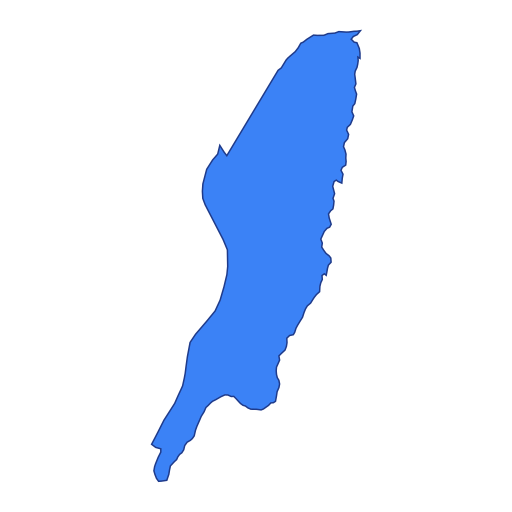 outline of Maracaçumé, Maranhão, Brazil
{"feature_id": "56859067B12415775157700", "entity_name": "Maracaçumé", "entity_type": "district", "adm_level": 2, "iso_a3": "BRA", "parent_name": "Brazil", "parent_adm1": "Maranhão", "projection": "equal_earth", "projection_center": [-45.988, -2.007], "detail": "fine", "context": "isolated", "style": "filled", "palette": "blue", "viewbox_px": 512, "rotation_deg": 0, "n_neighbors": 0, "source": "geoboundaries", "source_scale": "gbopen_adm2", "svg_char_len": 2754}
<svg xmlns="http://www.w3.org/2000/svg" viewBox="0 0 512 512"><path d="M300.8,43.2L298.2,47.8L295.2,51.7L288.3,57.6L286.2,59.9L281.3,67.9L278.1,70.3L226.8,155.7L224.2,152.3L219.8,145.4L217.7,154.1L212.6,160.0L206.7,169.3L202.9,183.9L202.4,191.3L202.8,198.4L205.2,204.8L223.1,239.5L227.4,249.8L227.7,266.5L226.9,274.6L224.0,286.8L220.1,300.2L215.1,311.0L206.4,321.6L195.6,334.2L190.1,342.4L187.4,356.7L186.1,366.2L185.2,373.4L184.3,378.2L182.6,385.9L180.8,389.9L179.3,393.1L178.1,395.7L176.9,398.4L174.7,403.4L170.3,410.3L164.0,420.1L157.7,432.6L154.9,438.0L151.6,444.3L155.7,447.4L160.8,448.8L160.8,452.1L158.2,457.3L155.6,463.7L154.6,466.7L153.9,470.8L154.9,474.3L156.5,478.4L158.6,481.3L161.3,481.1L164.2,480.7L166.8,480.3L167.8,477.3L168.8,474.4L169.5,470.1L170.4,465.9L174.5,461.5L176.6,459.6L177.8,456.9L179.6,454.4L181.8,452.8L183.7,449.8L184.7,445.6L187.1,442.2L190.4,440.3L192.3,438.6L194.2,435.9L195.5,430.2L196.9,426.3L199.8,419.7L201.2,416.4L204.1,411.7L205.9,407.5L208.1,405.5L210.5,403.0L212.5,401.3L215.7,399.7L220.9,396.7L224.9,394.9L227.9,395.0L231.2,396.5L233.8,396.4L236.1,398.7L238.8,401.7L240.5,403.5L243.0,405.3L245.4,406.0L247.9,407.9L250.9,409.2L256.6,409.3L261.1,409.9L263.4,409.0L268.5,405.4L270.9,402.9L273.4,402.7L275.5,401.3L276.5,395.8L277.1,391.7L278.9,387.6L279.6,384.0L278.9,380.4L277.3,377.7L276.5,374.5L276.2,370.8L276.5,367.1L277.9,364.0L279.6,360.1L278.9,355.9L281.3,353.5L285.0,350.1L286.4,346.4L287.0,342.7L286.8,338.2L289.6,335.5L293.3,334.7L294.7,332.3L296.0,328.2L297.6,325.2L300.1,321.1L302.5,317.3L304.0,312.6L305.5,308.9L307.3,305.9L310.6,303.1L312.4,300.2L314.2,297.4L316.5,294.5L319.6,291.7L319.9,286.3L320.8,282.7L322.3,279.5L322.0,275.5L324.3,273.8L326.2,275.3L326.9,271.7L327.5,268.3L328.4,265.1L331.1,262.2L330.8,258.0L329.2,255.9L326.0,253.4L323.8,250.4L321.7,247.1L322.3,243.1L320.8,239.1L322.2,236.0L324.3,231.4L327.0,228.3L329.6,227.2L331.2,224.3L329.2,218.0L328.5,213.9L330.7,210.7L332.9,208.9L333.6,205.2L334.0,201.2L333.0,198.3L334.6,193.7L332.7,186.3L334.1,181.5L336.3,180.1L338.1,181.5L341.8,183.1L342.3,178.0L343.0,174.2L341.0,170.3L342.3,167.3L345.7,165.1L346.1,161.6L345.8,158.1L346.0,154.1L344.9,149.9L343.5,146.7L344.4,142.6L347.7,138.7L348.6,134.4L346.6,130.1L347.3,127.3L350.4,124.4L352.3,119.9L353.7,115.9L351.9,111.8L352.8,106.1L354.8,103.6L355.8,99.0L356.6,94.1L355.5,91.1L354.4,87.4L355.9,83.9L355.2,78.1L354.7,74.2L355.2,71.1L357.0,67.4L357.7,64.2L358.2,60.6L357.9,57.1L360.0,58.4L360.0,53.1L359.3,48.5L356.9,42.7L354.2,42.2L351.2,39.2L353.3,36.5L357.3,34.6L360.4,30.7L357.0,31.2L354.0,31.3L348.9,32.0L346.4,32.1L338.8,31.6L334.9,33.1L328.0,33.6L323.9,35.3L317.5,35.4L313.5,35.1L310.0,37.3L306.7,39.4L303.3,42.1L300.8,43.2Z" fill="#3b82f6" stroke="#1e3a8a" stroke-width="1.5"/></svg>